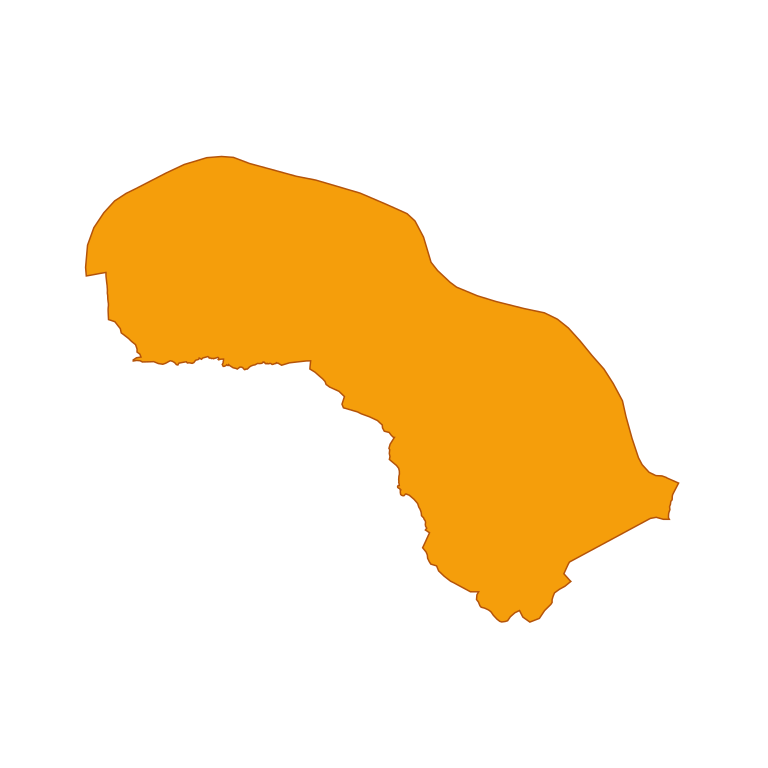 Svinita, Mehedinti, Romania, rotated 161°
{"feature_id": "2599482B92352597607392", "entity_name": "Svinita", "entity_type": "district", "adm_level": 2, "iso_a3": "ROU", "parent_name": "Romania", "parent_adm1": "Mehedinti", "projection": "equal_earth", "projection_center": [22.119, 44.547], "detail": "fine", "context": "isolated", "style": "filled", "palette": "amber", "viewbox_px": 768, "rotation_deg": 161, "n_neighbors": 0, "source": "geoboundaries", "source_scale": "gbopen_adm2", "svg_char_len": 4491}
<svg xmlns="http://www.w3.org/2000/svg" viewBox="0 0 768 768"><g transform="rotate(161 384 384)"><path d="M399.4,204.2L399.3,203.6L399.1,201.6L398.4,198.5L393.5,194.9L393.2,189.5L389.6,182.5L385.2,175.8L382.7,173.3L380.7,171.1L369.9,159.4L362.2,156.7L364.8,154.4L366.7,150.1L365.7,147.1L365.5,143.1L364.8,141.3L361.8,139.3L358.8,136.4L357.8,135.0L356.9,133.4L355.9,129.7L353.7,124.8L351.8,121.9L350.2,120.7L346.8,120.0L344.2,119.9L343.7,120.3L340.3,122.8L334.7,125.1L329.6,125.7L329.5,124.6L328.6,118.4L323.6,111.4L313.4,111.8L313.0,112.1L305.9,117.5L298.0,121.3L296.2,122.7L295.3,125.3L293.4,128.0L290.8,131.0L284.9,132.8L278.6,133.9L273.0,136.0L271.6,136.5L272.2,137.7L275.7,146.0L272.8,149.1L270.9,151.1L268.5,153.6L266.7,155.2L265.4,155.5L175.9,170.2L169.9,169.3L169.4,168.9L166.5,166.9L163.9,165.1L158.3,163.2L158.4,163.9L158.5,165.2L158.0,166.5L157.1,168.7L156.5,169.7L154.6,172.1L153.9,175.1L152.3,177.0L151.6,178.5L151.2,179.3L150.7,179.9L149.8,180.3L149.1,181.1L148.6,182.4L148.0,183.9L147.2,185.3L145.5,187.0L137.7,194.4L146.8,202.8L147.7,203.9L151.1,206.6L156.8,208.9L162.1,214.2L166.2,223.7L167.4,231.4L167.2,251.7L165.8,274.5L164.0,290.5L167.1,309.8L171.2,326.6L178.1,343.3L184.5,360.7L191.4,376.9L198.9,388.8L209.2,399.1L227.1,409.8L251.2,425.5L267.0,437.0L283.8,451.9L288.5,458.8L296.4,473.8L299.9,483.8L298.8,510.0L301.6,528.0L306.7,537.5L323.2,553.0L344.5,572.3L382.1,599.0L399.2,608.9L439.5,636.4L452.6,647.3L463.5,652.0L477.9,655.7L501.4,656.6L520.9,654.5L555.3,649.5L565.7,648.2L579.1,644.8L593.2,637.1L607.4,626.3L619.1,611.8L628.2,591.4L630.3,583.1L626.1,582.4L616.6,581.0L610.6,580.0L610.7,579.5L611.1,578.5L611.8,576.2L612.5,573.1L613.1,570.5L613.8,567.0L614.2,565.7L614.5,564.4L615.1,562.4L615.8,560.6L616.2,559.3L616.3,558.2L616.7,556.8L617.4,554.5L617.6,553.7L618.2,551.0L618.3,550.1L619.0,547.9L620.0,545.8L620.7,544.0L621.3,542.1L623.5,534.6L621.5,533.1L618.2,530.5L616.2,524.7L615.3,522.2L615.8,517.9L612.0,512.2L610.9,510.5L608.8,506.4L606.1,502.1L606.1,497.5L607.1,494.6L605.1,491.7L605.0,488.6L609.5,489.4L613.3,488.4L613.6,487.4L610.2,486.8L607.0,485.4L605.3,483.5L597.4,481.0L594.4,480.1L590.7,476.8L586.7,474.7L583.7,474.7L578.6,475.6L576.7,474.4L575.0,472.4L574.0,469.9L572.7,469.1L571.6,470.1L571.0,470.5L566.2,469.8L563.7,469.4L563.1,467.9L561.3,467.5L558.7,466.0L556.9,466.1L554.5,467.7L553.7,467.8L551.9,467.6L551.0,467.8L550.3,468.7L548.5,466.8L546.9,467.6L541.6,467.3L540.9,466.2L540.8,465.4L540.1,465.2L539.3,464.9L539.0,464.3L537.1,463.8L536.9,463.4L536.0,463.4L534.3,463.3L532.6,463.3L532.0,462.9L531.9,461.7L532.8,461.2L532.5,460.7L530.2,460.6L527.6,459.8L528.3,458.1L528.8,457.5L529.1,456.5L530.6,455.1L530.3,453.0L529.2,452.7L527.4,452.9L526.5,453.4L525.9,452.5L525.2,452.2L524.6,452.9L524.0,451.8L522.9,450.4L521.4,448.5L518.9,446.9L517.9,445.9L516.3,446.4L514.7,446.9L513.2,446.3L512.3,445.5L511.6,443.7L511.3,443.1L511.0,442.9L510.1,442.9L509.9,443.1L509.4,443.0L508.6,442.6L508.2,442.7L507.4,443.0L505.6,443.9L503.8,444.3L501.6,444.4L499.7,444.1L497.0,444.6L494.9,443.8L493.1,443.4L492.0,443.5L491.1,444.2L490.6,443.6L490.1,443.6L489.7,442.7L489.7,442.2L489.3,441.7L488.5,441.4L487.8,441.6L487.3,440.9L486.0,440.6L485.3,440.7L484.4,440.3L483.7,439.3L483.4,438.9L481.9,438.7L481.0,438.9L480.5,438.7L479.5,438.6L478.8,439.2L478.5,438.9L478.2,438.5L477.4,438.2L474.7,435.1L466.5,434.8L460.1,433.4L450.0,431.1L445.8,429.8L448.3,424.4L449.2,422.3L445.5,417.8L441.9,411.5L440.3,408.8L438.9,405.5L438.9,402.4L437.6,400.6L436.4,398.8L429.0,391.8L425.5,385.0L428.7,380.7L430.3,378.6L430.1,374.7L418.1,366.2L415.3,363.3L413.7,362.0L408.5,357.8L402.1,351.6L400.3,348.2L399.0,345.9L399.7,343.0L399.1,339.3L395.8,337.1L394.9,336.5L393.8,333.1L392.4,330.4L391.6,330.1L397.8,325.1L400.3,321.5L400.0,320.0L400.8,318.3L401.6,316.6L402.0,313.4L403.5,310.9L401.1,306.9L398.7,302.9L397.6,299.6L397.8,296.8L398.8,293.7L399.9,292.0L401.3,288.7L401.6,287.1L402.1,286.3L402.2,284.7L402.6,283.0L403.8,283.3L404.5,282.7L404.7,281.8L404.3,281.0L403.1,279.9L403.2,278.9L402.6,278.3L403.3,277.8L403.9,276.1L404.2,274.1L403.5,273.0L402.5,272.2L401.5,271.9L399.6,272.9L399.0,272.9L396.3,270.6L393.2,265.3L391.7,261.6L391.1,259.9L391.2,256.4L390.7,253.9L390.6,251.1L390.9,249.3L391.4,247.3L390.1,244.4L390.1,242.9L389.5,241.2L389.9,239.2L390.6,238.0L391.0,236.0L390.5,233.8L392.4,232.5L389.4,228.5L393.7,224.0L396.7,220.8L400.8,216.6L398.9,211.4L398.8,209.8L398.7,208.3L399.1,206.6L399.5,204.9L399.4,204.2Z" fill="#f59e0b" stroke="#b45309" stroke-width="1.5"/></g></svg>